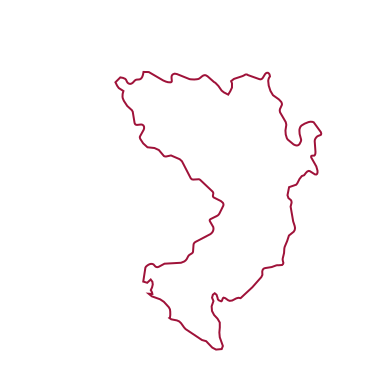 SVG path tracing the border of Olomoucký, rotated 201°
{"feature_id": "CZE-10372", "entity_name": "Olomoucký", "entity_type": "Region", "adm_level": 1, "iso_a3": "CZE", "parent_name": "Czechia", "parent_adm1": "", "projection": "robinson", "projection_center": [17.195, 49.847], "detail": "fine", "context": "isolated", "style": "outline", "palette": "rose", "viewbox_px": 384, "rotation_deg": 201, "n_neighbors": 0, "source": "natural_earth", "source_scale": "10m", "svg_char_len": 4184}
<svg xmlns="http://www.w3.org/2000/svg" viewBox="0 0 384 384"><g transform="rotate(201 192 192)"><path d="M122.6,56.5L125.3,57.8L129.7,57.4L148.8,61.7L150.8,62.7L155.2,65.6L157.6,66.6L160.1,66.7L165.8,65.7L168.0,66.3L167.6,66.9L168.2,69.4L169.4,72.4L170.5,74.5L172.3,76.1L178.9,79.4L183.3,80.4L192.1,80.2L196.0,81.5L192.5,82.6L193.0,83.5L193.7,84.3L194.5,85.0L195.3,85.6L195.1,88.6L195.5,91.6L196.8,94.0L199.2,95.5L201.3,91.2L205.4,90.9L208.4,104.7L208.2,105.8L207.6,107.0L206.8,108.2L205.8,109.3L204.6,110.2L203.3,110.6L202.0,110.6L199.4,109.3L198.3,109.2L197.2,109.5L196.3,110.2L192.0,115.2L176.9,122.0L174.4,124.3L173.5,125.7L172.9,127.4L172.5,130.9L172.0,132.2L170.1,134.7L169.7,135.5L169.6,136.5L171.7,143.4L171.8,144.5L171.5,145.6L170.9,146.6L159.8,159.2L159.1,160.4L158.6,161.7L158.4,163.1L158.5,164.4L158.9,165.7L159.6,166.9L164.8,171.1L165.3,171.8L165.4,172.5L165.0,173.3L159.7,179.1L159.1,180.2L158.7,181.6L157.9,190.2L158.0,191.3L158.5,192.2L159.3,193.0L161.8,193.9L169.8,194.7L170.7,195.2L171.1,195.8L171.6,198.3L172.0,199.0L172.8,199.7L188.8,206.3L190.1,206.4L195.4,204.0L196.7,203.8L198.0,204.3L212.4,217.1L215.2,218.2L224.7,218.6L229.0,215.8L230.1,215.5L231.1,215.5L238.0,219.3L242.8,219.6L249.6,217.8L255.0,219.9L259.3,223.0L260.2,224.1L260.5,225.1L259.4,232.9L259.6,234.5L260.2,235.8L261.2,236.7L262.5,237.0L263.7,236.8L267.2,235.0L268.2,234.7L269.3,234.9L270.3,235.8L276.1,245.7L277.4,246.8L283.3,249.1L288.3,252.7L290.3,254.8L291.0,256.0L291.9,258.7L292.2,261.7L297.6,262.8L300.0,264.4L302.8,267.0L300.0,273.3L297.3,273.8L295.0,273.7L293.9,273.2L292.1,271.5L291.2,270.9L290.2,270.6L289.2,270.6L288.2,270.9L287.3,271.6L286.5,272.7L285.3,275.6L284.7,276.5L283.9,277.1L281.6,278.2L280.9,278.7L280.3,279.5L279.9,280.6L279.7,281.8L279.8,284.1L280.3,286.7L275.3,288.5L258.8,285.8L255.9,285.7L253.8,285.9L251.5,286.6L250.8,287.1L250.5,287.8L250.8,288.8L252.0,291.2L252.5,292.7L252.5,293.8L252.1,294.8L251.5,295.5L250.7,296.2L249.5,296.5L248.2,296.7L234.8,296.5L233.4,296.8L230.1,297.9L227.7,299.1L226.7,299.7L225.9,300.5L225.0,301.9L224.2,303.4L223.2,304.8L222.1,305.6L221.0,305.9L219.0,305.6L211.0,302.6L209.3,302.3L205.4,300.5L200.7,297.3L197.8,296.4L196.7,296.3L193.1,295.9L192.4,299.7L192.1,303.8L193.6,307.8L195.2,309.5L193.5,312.4L192.9,313.0L186.5,318.2L185.5,319.2L184.6,320.4L183.9,321.0L183.1,321.3L182.5,321.4L181.7,321.2L169.5,321.5L168.2,321.8L167.3,322.7L166.8,323.9L166.0,328.3L165.5,329.4L164.7,330.2L163.8,330.5L163.0,330.3L162.2,329.9L161.6,329.3L160.8,328.1L160.6,327.7L160.8,327.3L161.0,326.2L161.0,324.8L160.7,323.1L158.5,318.8L155.0,314.5L151.1,311.4L144.1,309.6L141.0,308.1L139.9,307.0L139.3,305.7L139.6,301.0L139.4,299.8L138.9,298.8L138.3,297.9L129.6,290.9L128.7,289.6L128.0,288.4L126.8,282.9L125.1,279.3L122.8,276.3L121.5,275.3L114.2,272.8L112.3,272.7L110.7,273.0L109.5,273.9L108.8,275.3L108.5,278.1L108.6,279.2L108.9,280.0L112.3,284.7L113.6,287.5L114.1,289.0L114.2,290.6L114.1,292.0L113.5,293.4L111.3,296.2L108.3,299.0L106.7,300.0L105.0,300.6L103.4,300.7L93.2,294.1L92.3,292.9L92.1,291.8L93.0,290.7L94.2,289.7L95.1,288.6L95.6,287.4L95.9,286.2L96.0,284.9L95.7,283.5L91.1,273.7L90.6,272.1L90.5,270.8L90.9,269.8L93.0,268.9L93.5,268.4L93.5,267.8L93.1,267.0L85.1,260.4L82.5,256.9L81.8,255.2L81.7,253.8L82.2,252.9L83.5,252.5L89.5,253.7L90.6,253.5L91.7,252.5L92.5,250.7L93.3,247.9L95.2,246.2L96.3,242.7L96.8,237.9L97.3,236.2L103.1,231.3L101.7,223.2L99.8,220.9L96.8,219.9L95.9,219.1L95.2,217.7L94.7,213.7L87.0,200.8L84.0,197.1L82.9,195.3L82.5,193.3L82.8,191.4L85.9,186.1L85.6,180.4L85.8,174.0L85.6,172.5L84.2,168.0L83.5,162.6L83.2,161.5L82.6,160.4L81.3,158.6L81.2,157.4L81.8,156.1L85.0,154.6L85.7,154.4L86.9,153.8L90.7,150.5L96.4,147.2L97.3,146.5L97.8,145.7L98.1,144.8L98.0,143.2L97.7,142.4L96.6,139.9L96.8,137.4L101.5,124.8L108.6,110.3L110.7,109.9L112.5,108.6L115.6,105.1L117.8,103.9L119.5,103.9L122.9,104.8L124.6,104.7L125.1,103.9L125.1,101.1L125.6,100.4L128.3,100.5L129.4,101.1L130.3,102.5L132.3,104.9L134.5,105.6L135.7,103.6L135.4,100.5L132.9,97.9L132.7,92.3L130.7,88.1L127.3,85.1L122.8,82.9L119.3,80.1L117.5,75.5L116.1,70.6L114.0,66.3L108.0,59.3L108.0,56.0L113.1,53.5L117.3,54.0L122.6,56.5Z" fill="none" stroke="#9f1239" stroke-width="2"/></g></svg>